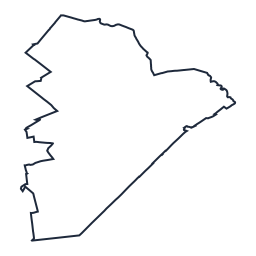 the district of Dubnas pag., Daugavpils, Latvia
{"feature_id": "27541924B73485467634467", "entity_name": "Dubnas pag.", "entity_type": "district", "adm_level": 2, "iso_a3": "LVA", "parent_name": "Latvia", "parent_adm1": "Daugavpils", "projection": "equal_earth", "projection_center": [26.682, 56.079], "detail": "fine", "context": "isolated", "style": "outline", "palette": "slate", "viewbox_px": 256, "rotation_deg": 0, "n_neighbors": 0, "source": "geoboundaries", "source_scale": "gbopen_adm2", "svg_char_len": 5412}
<svg xmlns="http://www.w3.org/2000/svg" viewBox="0 0 256 256"><path d="M81.9,233.0L91.8,223.0L94.6,220.3L102.0,213.1L104.3,210.9L106.4,208.6L111.8,203.5L115.5,199.9L118.1,197.6L121.5,194.3L126.0,189.6L129.1,186.4L132.0,183.6L134.2,181.5L136.1,179.6L137.0,178.6L138.5,177.2L139.1,176.6L139.4,176.8L145.4,170.8L148.2,168.2L153.0,163.5L152.6,163.3L159.7,156.3L161.5,154.6L161.9,154.9L162.4,154.4L162.0,154.2L165.5,150.7L165.8,150.9L167.8,148.9L171.4,145.1L171.6,144.9L173.6,142.9L174.6,142.0L178.4,138.5L183.3,133.7L185.5,131.8L186.8,131.0L185.2,130.4L184.1,130.1L184.0,129.8L183.9,129.6L184.0,129.1L184.7,127.9L184.8,127.8L184.9,127.6L184.5,127.5L186.3,126.2L186.9,126.1L187.5,126.7L188.0,126.7L189.3,126.9L190.3,127.2L191.2,127.7L192.0,127.1L192.3,127.3L195.2,125.9L194.8,125.6L195.9,124.9L197.0,124.1L198.8,123.0L200.2,122.1L206.1,118.1L208.1,118.3L208.4,118.1L211.5,117.0L213.1,116.3L215.8,114.6L214.5,114.1L215.8,113.2L216.0,113.1L217.3,111.9L218.5,111.0L220.7,109.3L223.9,106.7L226.5,108.6L228.1,107.7L230.7,106.1L231.4,105.4L231.9,105.1L233.1,104.5L234.5,103.7L234.9,103.3L235.0,103.1L235.1,102.5L235.0,102.2L234.9,102.0L234.6,101.8L234.2,101.6L233.8,101.4L233.5,101.2L233.4,100.8L233.2,100.3L232.8,99.8L232.5,99.4L231.2,98.6L230.9,98.3L230.7,98.0L230.5,97.4L230.1,97.3L229.8,97.1L229.1,97.1L228.7,97.1L228.3,97.2L227.9,97.3L227.6,97.1L227.4,96.7L227.1,96.1L227.3,95.5L227.3,94.8L227.5,93.9L227.3,92.4L227.2,91.9L226.9,91.0L226.6,90.4L226.0,89.8L224.2,88.6L223.5,88.5L223.1,88.5L222.9,88.7L222.9,88.9L223.0,89.1L223.4,89.3L223.2,89.6L222.8,89.8L221.9,89.7L220.9,89.2L220.7,89.0L220.6,88.8L220.6,88.7L220.8,88.4L221.1,87.9L221.6,87.0L221.7,86.8L221.7,86.6L221.6,86.2L221.4,85.9L221.2,85.7L220.7,85.5L220.3,85.4L219.9,85.4L219.5,85.4L218.1,85.2L217.7,85.2L217.4,85.1L217.6,84.8L217.7,84.5L217.8,84.3L217.7,84.1L217.6,83.9L217.3,83.4L217.1,83.2L216.9,83.0L216.6,82.8L216.5,82.7L216.1,82.2L215.4,81.7L214.5,81.3L213.7,81.2L212.8,81.3L211.2,81.7L210.8,81.8L210.7,81.5L210.6,79.7L210.9,78.6L211.1,77.8L211.1,77.3L210.7,76.8L210.0,75.9L209.4,75.6L208.9,75.5L208.7,75.2L208.4,74.9L207.9,74.7L207.8,74.3L207.8,74.1L207.6,73.7L207.2,73.1L207.1,72.9L194.0,69.0L184.2,70.0L183.9,70.0L178.3,70.6L177.2,70.7L174.3,70.8L171.1,71.2L167.6,71.5L167.3,71.6L162.1,73.1L161.5,73.1L154.2,75.2L153.7,74.2L153.5,73.8L153.4,73.5L153.1,72.9L152.1,71.4L151.5,70.1L151.2,69.0L151.2,68.6L151.2,67.5L151.1,66.7L151.0,66.0L151.1,65.2L150.9,63.9L150.8,62.1L150.7,60.3L150.7,60.1L150.3,59.6L150.0,59.2L149.7,59.0L149.4,58.6L148.2,57.5L148.0,57.4L147.6,57.0L147.4,56.9L146.9,56.0L146.7,55.8L146.5,55.5L146.5,55.3L146.5,55.2L147.1,54.2L147.3,53.9L147.7,52.9L147.7,52.7L147.5,52.4L146.9,52.1L146.0,51.3L145.5,50.8L144.9,50.3L143.8,49.3L143.1,48.7L142.4,47.8L141.1,46.5L140.6,45.9L140.2,45.3L139.8,44.8L139.3,44.0L138.9,43.3L138.4,42.3L138.1,41.6L137.6,40.9L137.5,40.6L136.5,39.1L135.9,37.8L134.8,36.0L134.5,35.3L134.3,34.0L134.1,33.1L133.8,31.1L133.6,30.5L133.2,30.1L132.7,29.7L131.4,29.2L128.5,28.1L125.9,27.0L123.4,26.1L122.4,25.7L121.5,25.4L120.7,25.0L120.1,24.8L119.0,24.4L118.1,24.4L117.7,24.4L117.3,24.5L116.6,24.7L116.1,24.8L115.3,25.2L114.8,25.5L114.2,25.8L113.8,25.9L113.5,26.0L112.8,26.1L112.3,26.2L111.9,26.1L111.3,26.1L110.8,26.0L110.3,25.8L109.6,25.5L109.1,25.2L108.7,25.0L108.2,24.7L107.6,24.6L107.2,24.5L106.9,24.4L106.5,24.4L104.9,24.6L104.3,24.6L103.6,24.4L103.1,24.2L101.5,23.6L101.1,23.4L100.6,23.2L100.1,22.2L99.8,21.6L99.8,21.2L99.9,20.7L100.1,20.1L100.1,19.8L100.1,19.5L100.0,19.3L99.9,19.1L99.6,18.9L99.3,18.8L98.6,18.9L98.0,19.0L97.6,19.1L97.3,19.3L96.2,19.7L94.7,20.0L90.2,20.6L87.6,21.0L87.2,21.0L85.3,21.3L84.4,21.3L84.0,21.2L83.8,21.2L81.8,20.5L80.2,20.1L79.1,19.8L78.1,19.6L76.8,19.2L75.1,18.7L73.6,18.3L71.7,17.7L64.2,15.6L63.8,15.5L63.3,15.4L62.7,15.4L60.9,15.4L60.8,15.6L60.5,16.0L56.8,20.4L55.2,22.3L55.1,22.6L50.3,28.1L50.2,28.1L49.9,28.8L49.4,29.5L49.0,29.8L48.9,29.8L40.5,39.8L39.3,41.3L37.5,43.5L33.1,44.4L33.8,45.1L33.5,45.2L25.6,52.7L33.8,59.0L34.6,59.4L35.1,59.8L40.3,63.8L40.7,64.1L50.7,71.9L41.2,77.7L41.4,77.9L40.7,80.9L37.2,81.2L35.1,81.3L27.2,86.1L41.8,97.6L43.5,99.0L47.1,101.7L51.3,105.1L53.8,108.1L56.5,110.4L57.2,111.0L41.8,117.1L35.6,119.7L35.9,119.8L36.2,119.8L39.0,119.0L39.7,119.5L39.9,119.6L39.8,119.9L35.5,122.5L30.9,125.3L28.0,126.9L26.3,127.9L25.9,128.5L27.1,128.8L26.4,129.1L25.5,129.5L25.0,129.7L25.7,130.8L26.5,131.8L26.8,133.7L27.4,137.9L29.9,137.4L31.4,137.1L31.7,137.0L33.6,136.6L34.3,142.0L35.5,141.9L36.5,141.9L36.9,141.9L38.6,142.1L39.2,142.2L45.8,142.8L47.2,142.9L50.0,143.0L50.5,143.0L51.4,143.2L52.2,143.3L52.8,143.3L52.9,143.5L51.1,145.6L48.3,148.2L47.3,150.6L47.5,150.7L47.4,150.7L47.4,150.9L47.5,151.0L47.8,151.7L48.2,152.4L49.5,154.1L50.3,155.2L52.4,157.7L53.0,158.6L53.3,159.0L47.7,160.0L43.2,160.7L40.7,161.2L36.7,162.5L35.4,162.9L33.0,164.4L32.3,164.6L30.2,164.9L29.2,164.5L27.1,164.9L25.2,165.5L24.7,165.4L24.7,165.5L25.0,166.6L25.9,170.2L26.4,171.5L26.9,173.5L27.1,173.6L26.8,173.8L26.1,174.0L26.4,176.5L26.9,180.9L27.3,184.0L25.9,184.1L25.1,184.5L25.0,184.4L21.5,186.7L21.3,187.1L20.9,188.8L22.7,191.2L23.9,189.2L25.2,186.6L26.2,187.5L29.0,189.8L33.2,193.4L33.5,194.4L33.9,196.2L37.6,210.5L37.8,211.6L36.9,211.8L33.5,212.8L32.5,212.9L31.5,213.1L30.9,213.0L31.0,214.3L31.5,218.6L32.2,223.7L33.1,231.7L33.3,232.7L33.8,236.5L34.0,238.3L33.9,238.5L33.6,238.9L31.9,240.5L32.0,240.6L56.7,237.9L79.3,235.4L81.9,233.0Z" fill="none" stroke="#1e293b" stroke-width="2"/></svg>